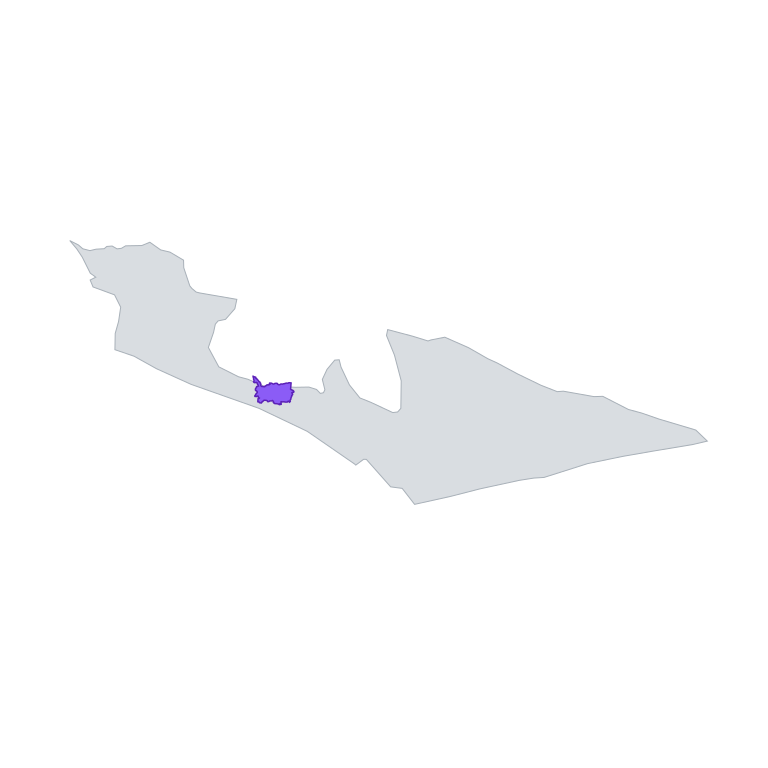 location of Petah Tiqwa, HaMerkaz, Israel, rotated 276°
{"feature_id": "584046B54386898087809", "entity_name": "Petah Tiqwa", "entity_type": "district", "adm_level": 2, "iso_a3": "ISR", "parent_name": "Israel", "parent_adm1": "HaMerkaz", "projection": "mercator", "projection_center": [34.939, 32.126], "detail": "fine", "context": "in_parent", "style": "filled", "palette": "violet", "viewbox_px": 768, "rotation_deg": 276, "n_neighbors": 0, "source": "geoboundaries", "source_scale": "gbopen_adm2", "svg_char_len": 5510}
<svg xmlns="http://www.w3.org/2000/svg" viewBox="0 0 768 768"><g transform="rotate(276 384 384)"><path d="M493.8,56.5L490.3,65.6L487.0,70.3L485.9,77.6L488.0,83.6L489.3,91.6L491.8,93.9L492.8,99.2L490.5,104.4L491.5,108.7L494.4,112.6L496.4,128.7L500.5,136.3L494.0,147.9L492.8,157.3L486.2,171.7L478.7,172.7L461.3,180.6L458.9,183.0L455.8,187.6L455.3,191.1L452.8,228.8L443.3,227.8L431.7,219.6L429.4,212.4L425.9,210.0L417.6,209.1L402.0,205.5L383.8,217.9L376.0,238.5L374.5,248.1L368.3,268.2L370.5,280.6L371.5,296.5L373.1,309.6L371.5,317.5L368.0,321.7L369.0,324.7L372.1,325.8L382.1,322.2L392.6,325.8L402.6,332.5L403.4,336.9L396.3,339.5L379.5,349.7L367.6,361.5L364.5,372.5L356.5,395.7L357.6,400.5L361.5,403.3L388.9,400.8L413.8,391.4L432.5,381.4L438.5,382.0L434.5,407.6L431.4,423.3L432.7,426.0L436.9,439.6L428.9,464.4L420.0,484.6L416.8,494.2L408.1,515.5L399.2,540.1L394.5,557.1L395.6,563.1L393.4,594.1L394.6,602.9L384.2,629.8L382.1,643.0L377.9,661.0L370.8,698.9L361.0,711.5L356.1,697.4L344.9,656.9L337.0,629.1L326.1,594.8L307.8,552.9L306.1,542.8L302.2,528.2L289.6,490.0L279.3,462.3L267.5,427.0L282.1,413.0L282.4,401.4L307.2,374.3L307.0,371.6L300.4,364.4L301.3,363.2L328.9,312.6L346.7,262.3L363.5,192.1L375.4,156.2L385.5,132.5L390.0,112.8L406.2,111.4L418.4,113.5L432.9,114.1L444.5,106.7L450.1,84.5L456.7,80.9L460.1,86.2L463.5,80.3L478.7,70.6L486.3,64.3L493.8,56.5Z" fill="#d9dde1" stroke="#a8b0b8" stroke-width="1"/><path d="M356.0,291.8L356.2,292.0L356.6,292.5L356.9,292.6L357.3,292.3L358.2,292.4L358.6,292.6L358.8,292.8L359.4,292.9L359.9,292.9L360.5,293.0L361.1,293.1L361.4,293.2L361.7,293.4L362.1,293.5L362.7,293.4L363.0,293.4L363.2,293.7L363.6,294.1L364.0,294.2L364.3,294.2L364.8,293.9L365.4,293.4L365.7,293.3L366.0,293.8L366.1,294.4L366.3,294.9L366.7,295.2L367.2,295.1L367.5,294.9L367.7,294.4L368.0,294.3L368.2,293.9L368.2,293.4L368.5,293.0L368.7,292.7L368.8,292.3L368.8,291.9L369.1,291.6L369.8,291.6L371.2,291.6L373.9,291.5L375.3,291.5L375.3,291.4L375.4,290.8L375.4,290.3L375.4,289.9L375.3,289.3L375.2,289.0L374.9,288.7L374.8,288.3L374.7,287.9L374.7,287.4L374.7,286.9L374.6,286.4L374.5,286.2L374.3,285.9L374.2,285.6L374.1,285.2L373.9,284.9L373.8,284.4L373.7,284.1L373.6,283.7L373.3,283.2L373.3,282.8L373.3,282.4L373.3,282.0L373.2,281.4L372.9,280.9L372.6,280.7L372.5,280.4L372.3,279.9L372.3,279.4L372.4,278.9L372.6,278.5L372.8,278.2L373.2,278.1L373.3,278.0L373.4,277.8L373.4,277.5L373.4,277.2L373.5,276.9L373.4,276.6L373.3,276.1L373.3,275.7L373.1,275.3L372.9,275.0L372.7,274.8L372.4,274.3L372.4,273.9L372.4,273.7L372.6,273.3L372.6,273.1L372.8,272.8L372.9,272.5L373.0,272.0L373.0,271.8L373.1,271.6L373.1,271.4L373.0,271.0L373.0,270.8L372.9,270.6L372.9,270.3L372.9,270.1L372.6,270.0L372.4,270.2L372.3,270.4L372.2,270.5L371.9,270.6L371.8,270.3L371.7,270.1L371.4,269.7L371.2,269.7L371.1,269.2L371.0,268.6L371.0,267.9L370.8,267.6L370.7,267.6L370.4,267.4L370.4,267.2L370.1,266.8L369.9,266.7L369.7,266.5L369.6,266.0L369.4,265.9L369.0,265.8L368.8,265.5L368.9,264.9L368.8,264.6L368.7,264.3L368.7,263.9L368.9,263.4L368.9,263.2L368.8,262.6L368.8,262.4L369.3,261.9L369.6,261.7L369.9,261.5L370.1,261.4L370.4,261.4L370.5,261.5L370.8,261.6L371.1,261.5L371.2,261.4L371.3,261.3L371.5,261.2L371.9,261.0L372.1,261.0L372.3,260.6L372.8,260.4L373.1,260.2L373.1,259.8L373.4,259.3L373.8,259.1L374.1,258.8L374.3,258.6L374.5,258.4L374.8,258.1L375.0,257.8L375.3,257.5L375.5,257.3L375.7,257.1L376.0,256.8L376.0,256.6L376.1,256.3L376.2,256.2L376.3,256.0L376.5,255.9L376.9,255.9L377.3,255.7L377.5,255.0L377.6,254.4L377.6,254.1L377.7,253.7L378.0,253.3L378.0,253.0L377.3,253.1L376.8,253.4L376.6,253.6L376.3,253.7L375.3,253.7L375.0,253.8L374.6,254.0L374.2,254.3L373.8,254.4L373.3,254.5L373.0,254.4L372.6,254.0L372.4,254.1L372.0,254.5L371.9,254.8L371.8,255.5L372.1,256.2L372.3,256.7L372.0,257.1L371.9,257.6L371.7,258.0L371.3,258.0L370.8,258.1L370.4,258.3L370.3,258.7L370.0,258.8L369.6,258.9L369.4,259.1L368.9,259.3L368.8,258.9L368.5,258.7L368.3,258.4L368.3,258.0L368.1,257.6L367.7,257.5L367.1,257.4L366.6,257.1L366.2,256.8L365.8,256.7L365.2,256.7L364.6,256.7L364.3,256.9L364.0,257.2L364.0,257.6L363.9,257.9L363.7,258.1L363.4,258.3L363.2,258.6L362.7,258.8L362.3,258.8L362.0,258.7L361.8,258.5L361.6,258.3L361.4,258.2L361.0,258.1L360.8,257.8L360.5,257.5L360.2,257.4L359.9,257.4L359.5,257.3L359.2,257.1L358.9,256.8L358.6,256.8L358.2,256.9L358.2,257.4L358.1,258.1L358.3,258.7L358.7,259.0L358.8,259.5L358.8,260.0L358.6,260.2L358.0,260.3L357.6,260.5L357.3,260.8L357.2,261.2L357.0,261.5L356.7,261.3L356.6,261.0L356.5,260.5L356.3,260.3L355.8,260.3L355.1,260.3L354.3,260.3L353.5,260.3L353.1,260.5L353.2,260.9L353.1,261.5L352.9,261.7L352.6,261.8L352.3,262.4L352.3,263.3L352.3,264.0L352.5,264.1L352.8,264.4L353.4,264.6L353.7,264.7L353.9,265.2L354.3,265.4L354.6,265.9L355.1,266.1L355.3,266.6L355.4,267.1L355.4,267.8L355.4,268.6L355.2,269.5L354.7,269.9L354.3,270.2L354.3,270.7L354.5,271.2L354.7,271.6L354.8,271.8L355.1,272.0L355.3,272.7L355.4,273.8L355.5,274.1L355.9,274.6L355.9,274.9L355.7,275.2L355.3,275.5L355.1,275.8L354.8,275.8L354.5,275.7L354.3,275.8L354.1,276.3L353.4,276.6L353.1,277.4L353.1,278.1L353.2,278.9L353.1,280.2L353.1,280.6L353.0,281.3L352.6,281.8L352.5,282.1L352.7,282.5L353.6,282.6L353.7,282.9L353.6,283.1L353.2,283.3L352.9,283.6L353.1,283.9L353.4,283.9L353.6,283.7L354.1,283.6L354.7,283.6L355.2,283.5L355.6,283.5L355.7,284.1L355.6,285.1L355.7,285.6L355.9,286.3L355.7,287.4L355.8,288.7L355.9,289.6L356.0,289.8L356.5,290.1L356.9,290.6L356.8,291.0L356.7,291.4L356.3,291.5L356.0,291.8Z" fill="#8b5cf6" stroke="#5b21b6" stroke-width="1.5"/></g></svg>